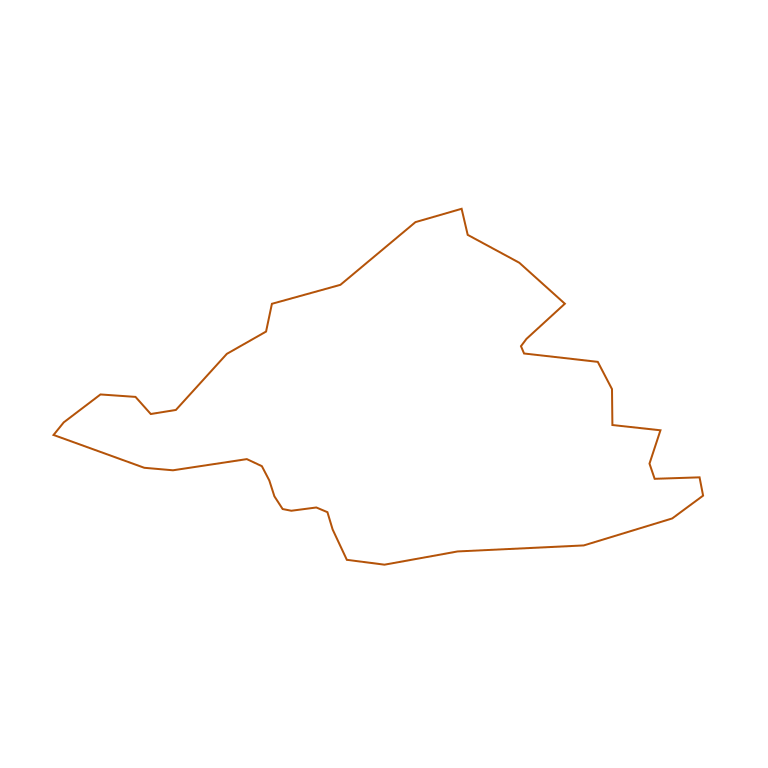 the Unitary District of Falkirk, rotated 184°
{"feature_id": "GBR-2015", "entity_name": "Falkirk", "entity_type": "Unitary District", "adm_level": 1, "iso_a3": "GBR", "parent_name": "United Kingdom", "parent_adm1": "", "projection": "mercator", "projection_center": [-3.764, 55.973], "detail": "fine", "context": "isolated", "style": "outline", "palette": "amber", "viewbox_px": 768, "rotation_deg": 184, "n_neighbors": 0, "source": "natural_earth", "source_scale": "10m", "svg_char_len": 679}
<svg xmlns="http://www.w3.org/2000/svg" viewBox="0 0 768 768"><g transform="rotate(184 384 384)"><path d="M408.8,206.0L425.1,235.3L431.5,252.2L442.9,256.1L467.6,251.1L476.4,252.2L485.5,264.3L491.7,279.8L500.1,293.5L515.6,299.5L588.5,283.2L617.3,283.7L710.1,310.1L700.8,323.4L666.1,353.8L631.0,353.8L614.6,337.8L589.8,343.6L542.9,403.1L505.3,428.1L501.4,456.2L434.4,479.9L363.9,547.7L318.8,564.2L310.9,538.6L257.5,514.4L209.2,476.7L245.0,439.0L250.0,431.3L246.4,424.2L172.3,421.0L156.2,394.8L153.3,359.0L105.0,357.1L113.6,323.1L107.4,308.3L62.7,312.9L57.9,294.9L87.1,270.0L173.5,236.9L298.9,222.1L370.9,203.8L408.8,206.0Z" fill="none" stroke="#b45309" stroke-width="2"/></g></svg>